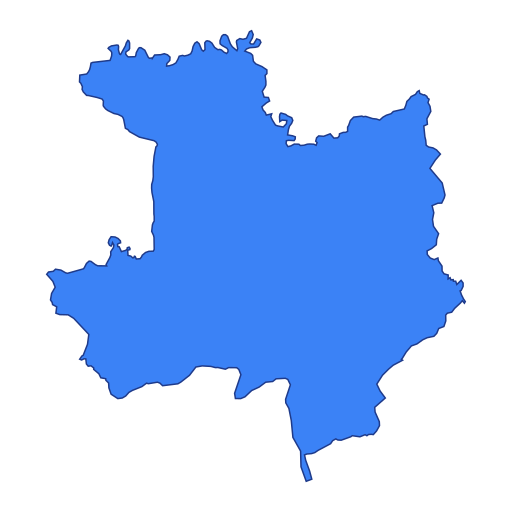 Gaoual, Gaoual, Guinea
{"feature_id": "49546643B28661548838550", "entity_name": "Gaoual", "entity_type": "district", "adm_level": 2, "iso_a3": "GIN", "parent_name": "Guinea", "parent_adm1": "Gaoual", "projection": "natural_earth1", "projection_center": [-13.638, 11.692], "detail": "fine", "context": "isolated", "style": "filled", "palette": "blue", "viewbox_px": 512, "rotation_deg": 0, "n_neighbors": 0, "source": "geoboundaries", "source_scale": "gbopen_adm2", "svg_char_len": 5928}
<svg xmlns="http://www.w3.org/2000/svg" viewBox="0 0 512 512"><path d="M111.1,394.2L117.8,398.6L122.3,398.0L125.7,396.0L128.9,392.4L132.4,390.4L141.9,386.6L146.5,383.2L148.4,383.7L157.4,382.2L159.9,383.1L162.6,385.7L177.9,383.8L180.8,382.1L189.5,375.3L195.9,367.0L202.2,365.9L210.9,366.4L215.4,367.6L217.9,367.5L225.4,369.2L228.6,367.6L236.7,367.7L238.8,369.4L240.9,374.7L234.6,393.3L235.4,398.5L240.7,398.6L245.0,396.8L251.7,390.5L259.1,387.1L265.7,382.2L272.7,381.5L276.1,378.8L285.3,378.3L287.8,379.4L290.4,384.8L285.6,399.3L285.8,402.9L288.9,408.4L291.3,420.6L292.9,437.4L300.6,451.1L301.0,466.8L306.2,481.3L311.8,479.2L309.6,471.0L305.7,460.3L304.5,454.9L306.9,454.0L311.6,453.6L314.8,452.6L318.2,450.3L330.6,443.7L332.6,440.7L335.8,438.9L337.8,440.0L341.2,440.2L350.7,436.8L352.3,435.7L359.9,436.8L365.1,434.7L366.9,435.7L368.5,434.5L371.3,434.3L373.3,434.6L376.6,430.9L379.5,425.6L379.3,421.6L375.1,412.1L374.7,407.3L385.3,398.0L380.1,391.0L376.8,384.1L382.5,375.2L388.5,369.2L393.2,365.2L402.6,360.2L401.4,359.3L402.4,358.2L406.2,352.0L411.4,345.9L417.0,343.9L422.7,339.8L427.2,337.7L433.9,336.3L436.7,333.4L438.7,328.5L443.9,326.5L445.8,320.9L445.7,315.1L447.3,313.2L451.7,312.2L454.6,308.4L460.4,303.0L462.3,300.7L464.4,303.2L465.3,301.6L463.5,298.9L461.5,294.9L460.1,290.9L461.2,290.4L463.1,286.4L463.1,283.0L461.1,280.3L456.8,284.5L455.7,281.2L453.4,281.2L453.2,279.6L450.9,279.9L450.1,277.7L448.1,278.9L448.2,275.0L444.0,273.8L442.1,271.0L442.0,266.1L438.4,260.8L437.9,258.0L434.2,259.6L430.2,258.0L427.3,254.5L427.1,250.9L431.5,248.6L436.3,244.8L436.7,239.2L438.6,233.7L433.5,226.3L432.5,219.5L433.8,212.8L432.1,205.6L437.9,203.2L441.7,203.1L444.2,198.0L445.0,195.0L442.2,183.0L429.9,168.4L435.3,160.1L440.4,154.1L436.5,149.9L433.0,147.9L428.6,147.0L426.2,145.3L425.7,140.0L424.9,136.8L423.8,126.0L427.4,124.3L426.9,118.8L430.8,111.4L430.0,106.3L428.0,102.6L429.1,99.2L427.4,97.9L426.9,96.4L424.5,94.8L423.6,95.0L419.8,93.4L419.2,90.6L417.3,91.7L415.5,94.4L411.1,96.6L409.3,99.1L406.9,101.4L405.8,105.4L404.3,109.0L393.3,111.5L391.1,113.7L386.4,115.2L382.9,117.2L379.7,120.1L376.4,119.0L372.6,118.6L365.7,116.4L363.2,116.7L361.9,116.1L353.7,117.1L350.4,120.5L348.6,125.5L347.6,127.1L347.6,131.4L345.8,132.3L343.2,132.4L339.5,133.8L339.2,136.1L337.7,137.8L333.9,138.1L330.2,133.8L323.7,136.3L318.7,135.9L316.6,137.8L315.7,141.2L317.1,142.6L316.1,145.3L313.8,144.2L309.5,144.0L307.2,144.2L304.1,145.2L300.4,145.5L298.9,144.2L294.2,144.1L290.9,145.9L287.9,146.6L286.1,143.6L286.4,140.7L288.6,140.3L294.1,140.6L295.2,139.0L295.3,136.8L292.6,135.8L287.6,134.9L288.4,129.7L289.5,126.1L291.6,123.4L292.8,120.4L291.7,117.7L287.4,115.8L285.7,114.4L281.0,113.0L279.9,114.2L279.5,116.7L279.8,121.6L282.1,120.1L286.8,120.5L286.4,123.7L283.3,127.0L277.6,125.9L275.5,125.1L272.5,120.3L270.8,116.7L271.7,113.8L266.3,115.1L265.3,112.5L263.0,109.9L261.9,106.8L266.4,102.9L269.6,101.0L268.4,97.5L264.1,97.1L262.3,91.3L265.0,87.1L265.9,85.0L265.9,81.3L265.1,75.4L266.9,73.6L266.9,69.9L262.0,66.6L255.8,63.9L253.4,61.3L252.6,55.3L250.7,53.4L244.8,51.1L246.5,49.0L249.7,47.7L255.3,47.3L257.9,46.7L259.0,45.7L260.9,42.4L259.8,40.0L256.7,38.9L253.6,44.0L251.0,44.0L249.7,42.7L252.4,38.0L253.2,34.5L251.6,30.7L249.5,31.7L246.5,38.3L243.0,39.3L239.8,38.6L236.7,40.5L236.4,42.0L237.7,48.7L236.9,50.7L232.3,46.8L230.4,43.9L227.6,36.3L225.6,34.7L223.4,34.7L221.7,36.2L220.0,40.8L220.1,43.8L222.1,45.5L227.0,48.3L228.0,49.9L228.0,51.8L226.6,53.5L223.8,52.1L221.5,50.0L219.8,49.4L217.9,49.7L214.6,47.4L211.9,43.1L209.5,41.3L207.2,40.8L206.1,41.1L204.8,42.8L205.0,49.6L203.3,51.2L201.7,49.8L199.1,43.6L197.0,41.8L194.8,43.2L193.1,46.5L192.1,51.0L190.7,53.8L187.8,55.2L184.4,56.0L182.6,55.4L179.2,56.2L177.9,59.4L175.9,62.9L173.0,64.6L169.5,65.7L166.6,66.1L166.8,63.6L169.8,60.4L170.0,57.1L167.5,54.8L164.3,53.7L160.7,54.7L154.6,55.0L152.3,58.4L152.2,57.9L149.4,58.3L148.3,57.3L144.8,50.2L141.0,47.7L139.3,47.7L138.5,48.5L136.3,52.6L135.7,55.9L135.0,56.7L128.6,56.9L127.7,56.6L125.8,54.3L125.7,53.4L126.0,51.9L128.9,49.9L129.6,48.5L129.6,43.0L128.8,40.8L127.9,40.3L126.3,42.9L125.4,45.9L120.6,54.5L119.9,54.3L119.3,53.2L118.4,49.7L118.6,46.7L118.2,45.3L116.9,45.0L111.4,45.9L108.8,47.4L108.1,48.4L111.2,51.4L111.8,52.9L111.6,56.0L110.1,60.4L92.7,62.4L91.0,63.1L90.4,66.7L89.6,69.6L88.4,71.9L86.7,74.0L79.8,75.1L79.5,81.9L80.8,83.2L82.4,86.7L82.1,89.4L83.3,91.9L86.6,95.4L88.4,95.5L97.2,97.5L102.0,99.0L103.4,100.9L103.2,105.3L103.5,106.3L105.6,108.9L107.8,110.5L113.9,113.5L118.0,114.4L122.0,116.4L122.9,117.5L123.7,119.5L125.4,128.3L127.9,129.6L129.5,131.6L139.3,137.1L154.1,140.7L156.1,142.1L157.4,144.3L157.0,145.9L155.9,146.9L154.1,156.3L153.2,166.3L153.3,176.8L152.8,180.7L151.7,184.4L151.6,188.1L152.0,192.6L153.8,201.6L153.9,214.0L154.2,216.4L154.2,221.1L153.1,222.9L152.4,224.9L151.7,231.4L153.5,235.3L154.0,237.4L154.2,249.5L153.2,251.2L148.9,251.3L145.5,252.5L142.2,255.3L141.6,256.8L140.1,258.7L136.3,259.0L135.2,256.5L134.7,256.2L134.3,256.3L133.9,257.6L132.8,257.9L130.8,256.1L128.0,255.4L127.7,250.6L128.1,250.1L129.9,249.6L130.0,248.4L129.1,247.1L127.3,247.7L127.0,249.3L125.6,250.4L121.4,251.6L119.2,246.8L117.8,246.6L117.5,244.3L118.2,243.6L120.6,242.8L120.4,240.9L118.1,238.5L115.1,237.0L111.1,236.7L109.1,239.7L108.3,242.8L109.5,245.2L111.1,246.1L111.9,244.8L112.5,242.6L113.9,245.0L113.4,247.6L110.7,251.8L110.8,255.0L109.8,257.7L106.1,264.5L106.7,265.9L97.7,265.8L95.3,264.6L91.0,261.4L89.1,261.1L86.5,263.4L84.5,267.3L83.6,268.7L82.8,269.0L67.5,273.3L65.6,272.8L60.9,270.1L55.5,269.2L53.3,271.3L48.5,272.0L46.7,274.3L52.9,281.4L55.2,287.2L51.6,293.4L50.5,299.9L52.2,302.5L52.6,304.6L56.7,306.8L55.9,313.2L59.7,314.6L68.1,314.8L73.7,318.3L88.8,334.4L87.5,344.3L83.2,355.3L81.9,356.0L79.7,359.2L81.6,360.0L84.0,358.8L85.8,358.9L86.4,364.0L88.2,366.2L91.0,365.8L93.7,367.9L93.7,369.4L98.9,373.8L100.8,377.8L105.7,378.7L105.9,380.3L108.6,383.0L108.9,387.9L111.1,394.2Z" fill="#3b82f6" stroke="#1e3a8a" stroke-width="1.5"/></svg>